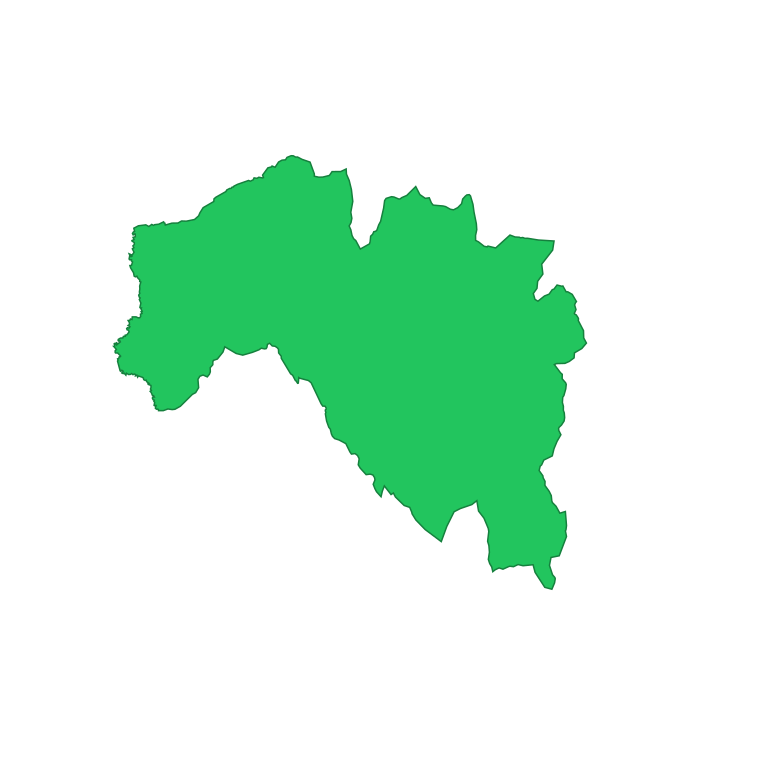 the district of Akwapem South, Eastern, Ghana, rotated 329°
{"feature_id": "2480657B26354408705676", "entity_name": "Akwapem South", "entity_type": "district", "adm_level": 2, "iso_a3": "GHA", "parent_name": "Ghana", "parent_adm1": "Eastern", "projection": "natural_earth1", "projection_center": [-0.261, 5.841], "detail": "fine", "context": "isolated", "style": "filled", "palette": "green", "viewbox_px": 768, "rotation_deg": 329, "n_neighbors": 0, "source": "geoboundaries", "source_scale": "gbopen_adm2", "svg_char_len": 6171}
<svg xmlns="http://www.w3.org/2000/svg" viewBox="0 0 768 768"><g transform="rotate(329 384 384)"><path d="M509.9,513.8L510.7,512.1L511.8,511.3L515.0,510.6L519.3,508.5L521.5,505.9L523.6,501.7L524.2,498.9L526.3,495.5L527.4,491.7L530.4,487.4L532.2,486.6L537.3,481.8L540.0,478.2L540.3,476.5L539.4,471.3L541.8,467.5L541.1,465.3L540.0,455.1L542.3,455.3L549.7,459.5L554.4,460.1L560.4,459.5L563.3,455.4L571.8,455.5L578.6,453.2L578.9,447.4L582.5,441.0L583.2,429.7L584.3,428.3L584.5,427.1L584.4,423.8L583.5,422.4L583.5,421.5L586.9,419.1L588.1,414.4L590.1,412.9L591.4,412.5L591.5,404.1L589.0,399.6L587.6,398.8L587.8,392.1L586.9,391.9L583.3,388.3L578.5,390.2L576.8,389.8L571.8,392.0L566.9,391.2L558.6,392.3L557.0,389.2L558.6,383.3L564.4,380.8L568.6,375.1L576.8,371.6L580.9,362.5L597.5,356.1L603.4,349.0L590.5,340.1L582.2,333.1L579.8,331.7L578.4,329.9L576.3,329.0L575.6,327.9L572.1,325.5L568.7,321.2L549.8,324.9L544.1,319.3L543.1,319.6L540.8,317.6L538.2,310.8L536.5,308.1L539.0,303.8L543.0,299.5L545.7,294.2L549.7,283.0L552.8,275.8L555.0,267.3L554.6,265.6L552.4,264.6L550.3,264.9L546.7,266.0L543.4,269.4L538.1,270.8L533.3,270.5L530.9,268.4L528.2,263.7L526.4,261.9L518.3,256.0L517.9,253.2L518.7,247.7L515.0,246.1L512.3,240.1L512.9,231.1L500.6,234.1L495.3,233.4L492.9,233.6L491.9,233.0L488.9,228.9L486.9,227.3L481.4,226.0L479.0,227.1L474.3,233.0L464.9,242.8L461.4,244.9L457.2,248.4L455.5,248.8L453.7,248.2L451.4,249.8L448.7,250.4L445.3,255.0L443.7,256.4L433.2,256.1L433.7,246.5L432.8,243.8L433.1,240.2L435.0,234.7L435.5,230.6L438.8,228.7L441.8,225.4L444.0,219.7L451.3,211.4L456.2,200.6L459.0,191.6L459.9,184.8L462.3,180.2L456.3,179.6L448.9,175.2L444.6,177.1L438.1,175.1L434.7,173.2L431.3,170.0L432.5,168.0L434.9,155.7L429.5,149.3L426.8,144.9L425.1,144.0L423.8,141.7L422.0,140.5L417.6,139.8L415.0,141.1L411.9,139.6L408.0,139.4L402.3,142.1L400.3,139.5L399.6,140.0L395.8,138.9L387.5,142.4L387.0,145.0L386.0,144.8L383.2,142.3L381.1,142.3L378.8,140.4L377.0,141.6L373.8,141.3L372.8,139.8L361.3,137.4L357.2,137.1L356.4,137.6L355.2,137.0L353.8,137.6L352.5,136.9L349.1,136.7L347.6,137.6L336.1,137.3L333.7,137.7L332.1,139.9L319.8,139.7L314.3,142.5L311.7,144.4L306.3,145.4L298.4,142.6L294.4,140.0L290.3,139.9L285.1,136.9L278.4,135.1L279.0,133.3L278.5,132.9L278.6,131.5L273.2,131.0L269.5,129.3L268.1,129.3L267.1,127.6L263.6,127.9L261.8,124.9L255.0,121.9L249.8,121.6L248.8,124.8L247.5,124.6L245.9,125.4L245.8,127.0L247.6,126.9L248.0,127.3L246.7,129.7L244.4,129.1L244.2,131.5L241.8,131.2L241.6,131.7L242.8,134.2L241.8,135.8L239.9,136.3L239.8,138.4L237.9,138.5L237.6,142.3L234.5,143.8L232.6,141.2L232.4,142.4L233.5,144.6L232.8,144.6L231.8,143.4L229.9,145.5L229.9,146.4L231.6,147.4L230.9,148.3L231.3,149.9L228.6,152.3L227.2,151.6L226.6,154.0L226.6,159.6L225.4,162.9L226.1,164.1L227.7,164.3L227.5,165.9L228.2,169.1L227.4,170.3L228.1,171.3L225.0,174.2L223.7,176.7L221.6,179.3L221.5,180.4L219.5,181.5L219.0,183.4L219.3,184.7L217.8,185.5L217.3,189.4L214.2,192.6L214.3,193.4L215.2,193.9L214.4,194.5L214.1,197.2L213.1,196.9L212.9,198.9L211.2,198.7L210.2,200.8L208.7,201.4L207.4,200.7L206.1,198.8L202.8,196.8L201.2,198.9L200.1,197.7L198.9,198.5L197.4,197.8L197.4,200.2L196.4,202.0L194.8,202.0L195.7,204.1L194.2,204.7L193.2,203.6L192.0,203.9L191.7,205.3L192.6,206.2L192.4,208.0L189.1,209.4L187.2,208.9L186.8,209.9L185.1,209.0L183.9,210.0L181.7,208.9L179.2,208.9L178.5,209.8L178.6,210.5L179.8,210.8L179.7,212.1L176.1,212.6L176.1,210.9L175.6,210.8L174.8,212.5L174.0,210.5L173.5,210.5L172.7,212.6L172.3,213.1L171.7,212.7L172.4,216.5L170.6,217.1L169.8,218.6L169.9,219.2L171.7,220.3L172.6,224.4L172.2,224.8L171.1,224.3L169.8,225.4L168.6,225.2L168.3,226.6L167.4,227.1L164.6,236.8L165.0,237.7L165.9,237.0L166.8,237.8L167.0,238.8L165.0,239.6L165.8,240.8L166.8,240.8L167.3,243.5L168.8,242.1L170.0,244.4L171.7,245.2L173.1,245.1L173.6,246.7L175.2,246.9L175.9,247.9L175.1,249.0L176.8,249.2L176.4,251.2L177.6,250.6L180.1,253.5L180.8,254.7L180.3,256.5L181.1,257.9L182.1,258.2L181.8,259.9L182.8,262.0L182.9,262.6L181.8,262.3L181.7,262.9L183.5,265.2L182.4,267.1L181.2,268.0L181.3,269.7L179.8,269.8L180.1,271.6L179.6,274.6L180.5,275.3L180.4,276.9L179.3,276.2L178.2,276.7L178.0,278.6L178.8,279.6L177.8,280.4L178.0,281.6L175.9,283.9L176.1,284.4L177.5,284.8L177.5,285.4L176.7,285.6L175.5,287.2L176.2,288.6L177.2,289.0L177.4,289.9L177.0,290.7L181.2,293.2L185.9,294.1L189.2,296.8L191.8,298.0L198.0,298.2L214.4,294.2L218.1,294.4L223.2,291.7L226.9,284.2L230.1,282.5L233.5,283.1L236.2,286.9L239.4,285.7L241.4,284.1L243.4,280.5L247.2,279.3L248.8,276.7L250.0,275.9L254.0,276.8L262.4,273.7L266.7,270.1L273.0,281.7L277.8,286.5L287.5,289.1L294.5,290.3L297.2,290.1L299.7,292.4L301.2,293.0L302.6,292.2L304.5,290.0L307.0,290.2L307.8,293.8L310.1,295.6L311.3,298.3L311.4,299.9L309.7,303.1L310.2,307.3L309.2,309.0L309.2,327.2L310.2,329.4L309.8,335.4L310.2,336.0L310.3,338.9L311.0,339.1L314.3,334.6L314.8,335.7L321.0,342.1L322.2,345.4L319.9,368.6L320.1,371.4L322.0,372.6L322.1,374.7L321.3,375.9L320.4,376.0L319.8,376.9L319.6,378.4L318.4,379.3L315.7,386.2L314.4,392.6L314.7,395.1L313.2,399.7L312.9,402.3L313.6,405.4L316.6,408.8L320.6,415.5L319.8,424.6L320.0,427.3L323.4,428.8L324.5,431.7L324.2,435.3L320.3,440.0L320.3,444.0L322.0,452.5L325.7,454.1L327.6,456.2L327.7,459.2L326.9,461.5L323.1,464.4L322.3,469.1L322.1,472.5L323.4,479.1L327.4,475.0L331.8,471.5L333.1,482.4L335.9,482.3L335.6,486.7L338.7,498.5L342.5,503.0L341.8,508.1L341.2,509.8L341.3,517.0L344.3,529.9L351.9,548.6L364.5,538.4L378.3,529.6L385.4,530.1L397.2,532.6L403.5,531.8L399.6,541.6L400.6,550.5L399.0,561.4L397.9,564.3L391.8,572.2L390.7,576.5L387.7,582.5L383.1,588.1L382.1,592.4L382.1,596.3L380.6,600.9L383.7,600.5L387.9,600.9L390.6,604.0L396.7,604.7L398.0,605.0L400.9,607.3L405.9,607.8L409.6,611.4L418.7,615.7L416.5,623.3L417.1,641.1L422.2,646.4L427.8,642.3L430.5,639.1L430.8,637.9L430.2,634.3L432.4,624.7L437.8,618.7L445.7,621.5L461.9,608.7L463.9,603.2L464.8,602.8L467.5,599.4L473.8,586.7L468.2,585.3L468.5,577.4L467.3,572.4L467.6,570.7L469.9,565.8L470.3,561.0L469.7,553.8L471.9,550.4L472.1,546.4L472.9,544.5L472.4,538.1L475.5,534.9L477.5,534.5L481.8,531.5L491.2,532.3L496.3,527.1L502.8,522.3L509.5,518.6L509.9,513.8Z" fill="#22c55e" stroke="#15803d" stroke-width="1.5"/></g></svg>